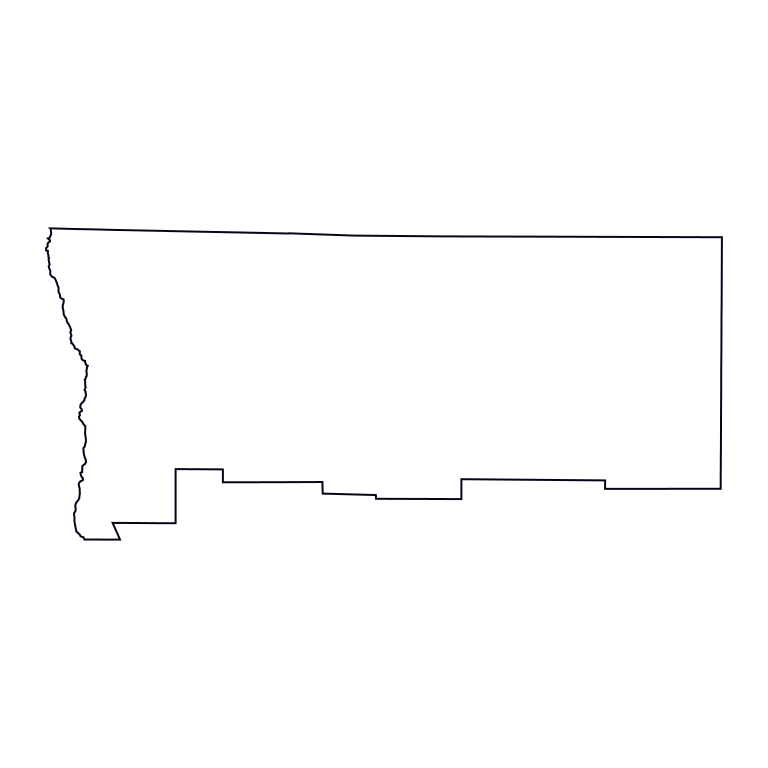 Alberdi, Santiago del Estero, Argentina
{"feature_id": "61730980B98253632785456", "entity_name": "Alberdi", "entity_type": "district", "adm_level": 2, "iso_a3": "ARG", "parent_name": "Argentina", "parent_adm1": "Santiago del Estero", "projection": "equal_earth", "projection_center": [-63.373, -26.57], "detail": "fine", "context": "isolated", "style": "outline", "palette": "ink", "viewbox_px": 768, "rotation_deg": 0, "n_neighbors": 0, "source": "geoboundaries", "source_scale": "gbopen_adm2", "svg_char_len": 3203}
<svg xmlns="http://www.w3.org/2000/svg" viewBox="0 0 768 768"><path d="M721.9,237.2L721.4,237.2L710.7,237.2L525.5,236.6L445.4,236.4L432.7,236.3L354.4,235.6L288.7,233.3L288.5,233.5L269.0,233.1L117.7,230.0L109.5,229.8L102.3,229.6L98.9,229.5L94.6,229.4L90.0,229.3L79.2,229.1L74.6,229.0L74.3,229.0L66.3,228.8L60.2,228.6L58.5,228.6L58.1,228.6L56.9,228.5L52.4,228.4L51.4,228.4L50.2,228.4L50.8,229.0L50.8,230.7L51.1,232.6L51.1,234.5L50.2,236.1L50.0,237.3L49.1,238.0L47.9,238.4L49.1,239.5L50.0,240.3L50.0,241.4L49.0,242.0L48.2,242.7L47.5,244.4L47.7,246.3L47.2,247.0L46.1,248.0L46.1,250.4L47.9,250.8L47.8,253.2L48.4,255.1L48.4,257.0L49.1,258.1L48.5,259.6L48.9,260.7L49.1,262.4L49.6,264.5L48.7,266.3L49.4,268.8L50.4,271.2L50.1,274.0L51.0,275.5L52.2,276.8L53.7,277.5L54.5,277.9L55.7,280.0L56.4,281.9L57.1,283.2L57.3,284.7L58.6,287.7L58.5,290.3L58.5,291.8L59.2,293.1L60.0,295.0L60.1,297.2L61.9,298.9L63.5,299.3L63.8,300.8L63.5,303.0L62.8,305.1L62.7,307.9L63.1,309.2L63.2,309.7L63.3,310.3L63.6,312.0L63.6,313.9L64.8,316.7L66.3,318.6L67.0,321.8L68.4,323.8L70.0,326.8L70.7,328.7L71.2,330.6L70.3,332.1L71.0,334.3L71.5,335.6L70.5,337.7L70.6,339.6L71.3,341.1L71.3,343.3L72.4,343.5L72.8,344.2L72.9,344.3L74.3,346.1L74.5,347.6L74.9,348.4L76.3,348.9L77.5,349.3L78.2,350.1L79.8,351.2L79.8,352.3L79.8,354.4L81.4,355.5L81.4,357.2L81.6,358.9L83.0,360.4L85.1,360.9L85.1,362.2L86.2,365.0L87.8,365.8L87.3,366.7L86.9,367.3L86.9,368.8L86.3,371.2L86.7,372.5L86.7,374.4L86.7,376.1L85.8,376.9L85.8,378.4L84.7,379.9L85.2,381.2L85.2,383.1L85.2,385.5L85.2,385.9L85.8,387.4L85.0,388.7L84.5,390.2L85.6,391.5L85.6,393.2L85.9,394.0L85.9,396.0L85.5,397.3L84.5,398.5L84.5,400.0L83.6,401.3L81.8,403.0L80.5,404.7L80.3,406.8L80.2,407.5L81.8,409.4L81.8,411.1L80.0,412.0L79.3,413.0L80.0,415.2L79.1,416.5L79.2,418.6L82.3,422.0L84.0,425.0L85.3,426.1L85.3,427.5L85.3,427.9L85.3,429.3L85.1,432.3L85.1,434.0L85.4,435.7L85.9,439.2L85.9,441.9L85.4,443.4L84.7,446.6L83.4,448.1L83.6,452.2L83.9,454.1L84.4,456.0L84.6,457.3L85.7,459.5L86.0,462.2L85.0,463.9L83.3,465.2L82.3,466.1L82.3,469.9L82.1,469.5L82.2,472.1L80.5,472.7L80.7,474.6L81.7,477.0L82.9,478.3L82.9,479.2L82.9,480.0L81.8,480.8L80.4,481.3L79.4,482.5L78.9,483.5L78.7,484.6L79.6,488.4L79.7,488.9L79.7,491.3L79.9,493.4L79.5,495.5L79.3,498.3L78.1,500.4L76.1,502.8L75.2,505.8L75.7,508.6L75.6,510.7L74.0,513.3L74.5,517.8L74.4,520.7L75.0,524.8L75.8,528.7L76.4,531.6L79.6,534.4L80.6,536.3L83.3,537.2L84.5,539.4L84.5,539.5L94.8,539.5L104.5,539.6L120.0,539.6L119.4,538.1L116.8,532.3L112.6,522.9L135.3,523.0L161.1,523.2L175.6,523.2L175.6,517.8L175.6,517.0L175.6,493.3L175.6,480.8L175.6,469.1L182.0,469.1L185.8,469.1L188.0,469.2L194.3,469.2L222.9,469.4L222.9,482.3L223.0,482.3L279.0,482.2L300.9,482.1L322.4,482.0L322.7,493.6L370.5,494.9L375.8,495.0L376.1,498.8L439.3,499.0L461.2,499.1L461.4,499.1L461.4,498.8L461.4,479.2L605.1,480.4L605.1,488.9L697.2,488.8L706.1,488.8L719.3,488.8L719.9,488.8L720.7,488.8L720.7,485.2L720.7,480.8L720.7,479.1L720.7,478.6L720.7,474.4L720.8,466.8L720.8,459.1L720.9,449.9L721.0,431.5L721.0,421.1L721.2,390.8L721.2,373.3L721.4,348.3L721.5,315.6L721.6,308.5L721.7,290.8L721.9,239.9L721.9,239.0L721.9,238.8L721.9,237.6L721.9,237.2Z" fill="none" stroke="#020617" stroke-width="2"/></svg>